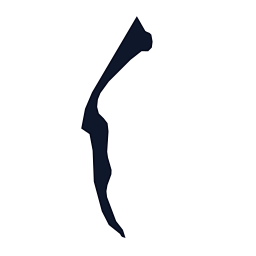 outline of North Abaco, rotated 254°
{"feature_id": "BHS-5014", "entity_name": "North Abaco", "entity_type": "District", "adm_level": 1, "iso_a3": "BHS", "parent_name": "The Bahamas", "parent_adm1": "", "projection": "natural_earth1", "projection_center": [-77.637, 26.808], "detail": "fine", "context": "isolated", "style": "filled", "palette": "ink", "viewbox_px": 256, "rotation_deg": 254, "n_neighbors": 0, "source": "natural_earth", "source_scale": "10m", "svg_char_len": 618}
<svg xmlns="http://www.w3.org/2000/svg" viewBox="0 0 256 256"><g transform="rotate(254 128 128)"><path d="M216.1,170.7L214.6,172.2L213.0,174.3L211.1,175.4L204.4,174.7L199.3,172.5L197.0,168.4L198.9,162.2L193.5,148.9L178.6,122.0L169.7,110.6L164.2,106.3L157.0,103.4L149.8,103.2L143.7,106.7L138.1,108.9L130.3,107.6L111.1,100.7L105.2,99.9L92.3,99.9L88.4,98.6L79.2,91.9L73.4,89.1L67.5,88.1L41.6,90.2L31.3,94.3L24.4,94.5L25.4,93.0L26.3,92.4L28.7,91.8L40.4,83.5L55.2,80.6L85.8,81.1L115.9,88.5L133.0,90.1L140.5,83.8L157.9,92.6L171.7,103.8L231.6,166.9L216.1,170.7Z" fill="#0f172a" stroke="#020617" stroke-width="1.5"/></g></svg>